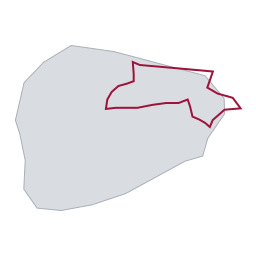 where Canillo sits in Andorra
{"feature_id": "AND-4879", "entity_name": "Canillo", "entity_type": "state/province", "adm_level": 1, "iso_a3": "AND", "parent_name": "Andorra", "parent_adm1": "", "projection": "robinson", "projection_center": [1.655, 42.581], "detail": "fine", "context": "in_parent", "style": "outline", "palette": "rose", "viewbox_px": 256, "rotation_deg": 0, "n_neighbors": 0, "source": "natural_earth", "source_scale": "10m", "svg_char_len": 747}
<svg xmlns="http://www.w3.org/2000/svg" viewBox="0 0 256 256"><path d="M202.7,156.0L185.0,161.2L125.7,193.5L92.0,204.8L61.2,210.5L37.1,208.1L23.8,189.2L25.2,160.3L19.9,134.2L15.4,120.2L24.1,82.6L43.7,62.2L71.1,45.5L114.0,51.6L205.1,75.8L224.1,98.4L224.7,113.6L207.8,138.3L202.7,156.0Z" fill="#d9dde1" stroke="#a8b0b8" stroke-width="1"/><path d="M132.8,62.0L139.8,65.0L212.9,71.5L207.3,87.6L217.7,93.6L232.7,97.8L238.1,105.0L240.6,108.4L224.5,109.7L212.7,120.1L209.8,127.0L205.4,123.1L199.2,119.5L192.5,116.6L190.1,106.6L187.7,99.5L178.6,103.0L166.2,103.0L152.8,104.8L137.5,107.8L125.0,107.8L116.0,107.8L105.9,108.9L107.3,99.5L111.7,91.9L118.4,86.0L127.0,83.6L133.7,81.2L133.7,74.2L132.8,62.0Z" fill="none" stroke="#9f1239" stroke-width="2"/></svg>